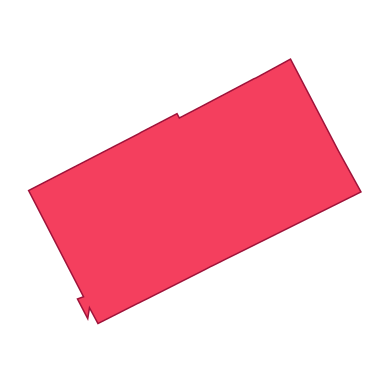 Vermilion, Illinois, United States of America (Albers equal-area conic projection), rotated 63°
{"feature_id": "52423323B2069636466078", "entity_name": "Vermilion", "entity_type": "district", "adm_level": 2, "iso_a3": "USA", "parent_name": "United States of America", "parent_adm1": "Illinois", "projection": "albers", "projection_center": [-87.652, 40.18], "detail": "fine", "context": "isolated", "style": "filled", "palette": "rose", "viewbox_px": 384, "rotation_deg": 63, "n_neighbors": 0, "source": "geoboundaries", "source_scale": "gbopen_adm2", "svg_char_len": 617}
<svg xmlns="http://www.w3.org/2000/svg" viewBox="0 0 384 384"><g transform="rotate(63 192 192)"><path d="M116.5,336.9L166.2,336.6L236.1,336.2L235.3,342.6L257.5,342.4L248.6,335.9L266.5,335.5L266.6,292.9L266.6,291.0L266.7,289.7L266.7,285.0L266.8,280.0L266.8,278.9L266.8,273.4L267.0,214.6L266.9,209.2L267.0,207.4L267.1,196.7L267.1,193.3L267.2,186.2L267.5,158.1L267.5,157.7L268.5,55.5L268.6,49.0L268.6,48.4L268.6,48.2L268.6,41.4L222.4,42.9L118.3,43.9L119.4,83.4L119.2,85.7L120.1,148.4L120.3,169.7L115.4,169.8L115.7,210.2L115.9,212.7L116.0,238.4L116.5,336.9Z" fill="#f43f5e" stroke="#9f1239" stroke-width="1.5"/></g></svg>